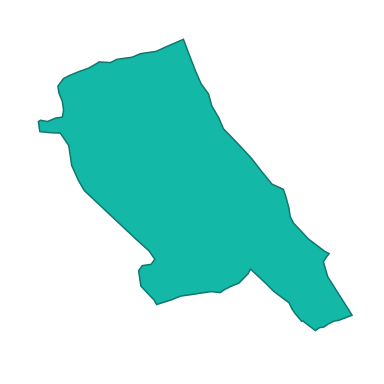 outline of Kesm Al-minya, Al Minya, Egypt, rotated 353°
{"feature_id": "37247803B97028957261557", "entity_name": "Kesm Al-minya", "entity_type": "district", "adm_level": 2, "iso_a3": "EGY", "parent_name": "Egypt", "parent_adm1": "Al Minya", "projection": "albers", "projection_center": [30.746, 28.094], "detail": "fine", "context": "isolated", "style": "filled", "palette": "teal", "viewbox_px": 384, "rotation_deg": 353, "n_neighbors": 0, "source": "geoboundaries", "source_scale": "gbopen_adm2", "svg_char_len": 1415}
<svg xmlns="http://www.w3.org/2000/svg" viewBox="0 0 384 384"><g transform="rotate(353 192 192)"><path d="M320.6,269.9L316.4,267.0L301.9,252.9L288.9,235.1L286.5,228.3L286.4,224.4L286.3,220.1L284.6,208.0L283.0,200.5L272.4,194.0L263.9,180.6L255.4,166.2L243.1,149.2L232.0,134.5L230.8,132.8L227.6,121.6L222.1,108.9L220.4,96.8L214.2,85.7L210.2,72.2L205.3,52.7L202.1,39.4L184.7,44.5L173.3,48.1L171.1,48.1L166.7,48.2L162.2,48.3L157.8,48.4L149.0,50.9L144.5,51.0L142.3,51.0L133.5,51.2L126.8,53.6L115.7,51.6L115.3,51.8L114.9,52.0L104.7,56.4L93.7,58.9L84.9,61.3L78.3,63.7L73.9,68.3L71.8,70.5L71.9,77.2L74.3,86.1L74.5,95.1L72.5,101.8L65.8,102.0L57.0,104.4L50.3,102.3L48.1,103.5L48.2,106.8L48.2,109.1L48.3,113.5L57.2,115.6L68.4,117.5L75.3,130.8L75.7,144.2L75.8,150.9L80.6,166.4L81.6,168.9L85.3,177.5L130.9,232.3L142.3,245.4L145.2,251.0L146.9,254.2L142.6,258.8L138.2,258.9L133.7,259.0L129.4,263.6L129.8,279.2L141.2,294.6L143.2,299.4L159.0,296.4L167.8,294.0L174.5,293.8L176.7,293.8L183.3,293.6L185.6,293.5L198.9,293.2L207.8,295.3L212.2,292.9L218.8,290.5L227.6,288.1L237.9,279.8L240.1,276.3L240.3,276.0L240.6,275.6L254.3,291.9L261.1,300.7L268.0,307.3L274.8,313.8L277.1,320.5L279.4,324.9L285.0,333.7L286.3,333.6L288.6,335.8L290.8,338.0L297.6,344.6L302.0,342.2L306.5,342.1L310.8,339.8L317.4,337.4L321.9,337.3L335.9,333.8L316.4,292.7L313.9,277.2L318.1,272.3L320.6,269.9Z" fill="#14b8a6" stroke="#0f766e" stroke-width="1.5"/></g></svg>